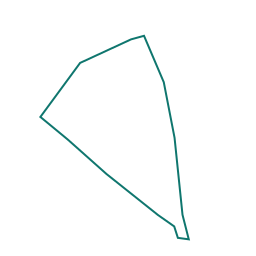 an SVG outline of Choiseul, rotated 105°
{"feature_id": "LCA-5078", "entity_name": "Choiseul", "entity_type": "Quarter", "adm_level": 1, "iso_a3": "LCA", "parent_name": "Saint Lucia", "parent_adm1": "", "projection": "mercator", "projection_center": [-61.017, 13.796], "detail": "fine", "context": "isolated", "style": "outline", "palette": "teal", "viewbox_px": 256, "rotation_deg": 105, "n_neighbors": 0, "source": "natural_earth", "source_scale": "10m", "svg_char_len": 324}
<svg xmlns="http://www.w3.org/2000/svg" viewBox="0 0 256 256"><g transform="rotate(105 128 128)"><path d="M140.0,215.5L77.5,191.1L41.6,148.0L34.8,136.4L74.5,105.3L125.4,80.5L197.7,52.9L219.8,40.5L221.2,51.4L211.1,57.9L204.3,76.5L178.0,136.9L154.7,183.3L140.0,215.5Z" fill="none" stroke="#0f766e" stroke-width="2"/></g></svg>